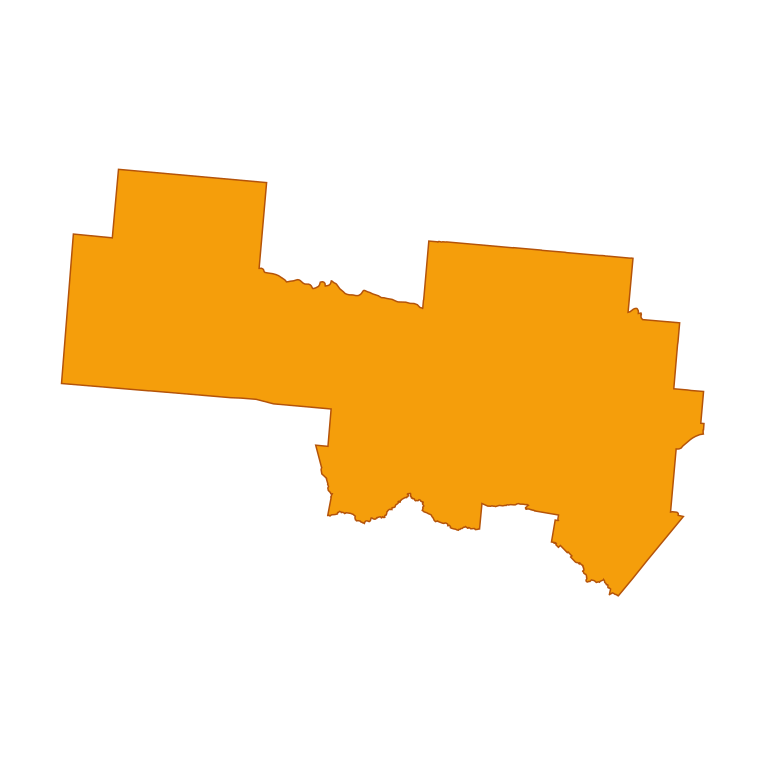 the district of Mid Murray, South Australia, Australia, rotated 275°
{"feature_id": "25037944B98973302778113", "entity_name": "Mid Murray", "entity_type": "district", "adm_level": 2, "iso_a3": "AUS", "parent_name": "Australia", "parent_adm1": "South Australia", "projection": "albers", "projection_center": [139.499, -34.416], "detail": "fine", "context": "isolated", "style": "filled", "palette": "amber", "viewbox_px": 768, "rotation_deg": 275, "n_neighbors": 0, "source": "geoboundaries", "source_scale": "gbopen_adm2", "svg_char_len": 6169}
<svg xmlns="http://www.w3.org/2000/svg" viewBox="0 0 768 768"><g transform="rotate(275 384 384)"><path d="M193.4,635.9L212.2,648.9L231.7,661.9L278.1,693.8L278.8,688.5L280.6,688.4L281.5,687.6L281.8,686.6L281.9,682.3L281.4,680.6L344.8,680.7L344.8,682.2L345.1,683.7L346.1,685.6L348.3,687.1L355.1,693.8L357.1,696.1L359.0,698.9L361.1,703.0L362.0,706.5L362.9,706.2L366.0,705.9L366.2,706.3L372.5,706.2L372.5,703.0L404.4,703.0L404.3,690.5L404.5,687.0L404.5,673.1L448.7,673.0L451.6,673.2L470.7,673.2L470.7,636.0L472.4,634.4L475.0,633.9L475.0,634.2L475.6,634.3L476.7,633.6L476.8,633.6L476.9,633.9L477.1,633.8L476.4,631.2L478.5,631.1L479.4,630.8L480.9,629.8L481.3,629.2L481.3,628.4L480.9,627.0L480.2,625.8L477.5,622.9L476.7,620.9L530.9,621.1L531.0,619.4L530.8,618.4L530.9,597.0L530.8,596.5L530.9,595.6L530.8,593.4L531.0,592.5L531.0,589.7L530.9,589.4L530.9,588.1L530.8,587.7L530.8,554.4L531.0,552.9L530.9,529.5L531.1,529.2L531.1,501.0L530.9,500.9L531.0,433.9L530.8,433.3L530.8,430.1L530.4,429.0L530.8,426.3L530.4,425.5L530.0,425.3L530.3,424.7L530.3,416.2L471.6,416.2L470.7,416.0L463.0,416.0L462.7,415.9L463.0,415.2L463.4,413.1L465.9,410.3L466.8,407.0L466.6,402.9L467.4,398.6L467.0,391.0L467.3,389.5L469.0,384.7L469.4,379.8L469.9,376.5L469.8,373.9L471.4,370.7L472.8,364.8L473.9,362.0L474.4,359.7L475.3,357.2L475.5,356.4L475.4,355.6L474.9,355.1L472.2,353.6L471.2,352.7L470.1,351.2L469.8,350.4L469.6,348.4L470.0,345.2L469.8,341.6L470.2,339.0L471.0,337.0L472.2,335.7L475.0,331.7L479.4,327.9L479.9,327.0L480.5,325.4L482.1,323.0L482.1,322.5L480.2,322.2L479.1,321.8L478.4,321.4L477.8,320.7L477.2,319.6L476.5,317.0L479.1,316.4L480.2,315.2L480.5,313.7L479.9,311.7L477.1,311.1L475.5,310.2L473.7,307.4L472.9,305.1L472.9,304.8L473.5,304.2L475.3,303.1L476.4,301.8L476.9,300.2L476.7,297.3L476.8,296.1L477.6,294.4L479.7,291.6L480.3,290.3L480.4,288.9L480.0,287.6L478.9,284.9L478.2,281.6L477.5,279.3L477.2,278.0L478.8,276.5L479.4,275.6L482.7,269.6L483.6,266.8L484.2,263.5L484.5,258.2L484.8,255.6L485.5,254.8L487.6,253.9L488.2,252.9L488.6,251.9L488.3,249.5L574.4,249.5L574.7,100.8L505.9,100.6L506.3,61.5L356.4,62.7L356.7,150.6L356.8,151.0L357.0,232.2L357.5,242.8L357.6,258.0L354.6,275.7L354.5,333.5L317.0,333.6L317.1,321.3L295.9,328.9L295.6,329.2L293.2,328.8L289.0,329.9L285.5,334.4L285.4,334.7L285.0,334.9L285.0,334.7L279.6,336.8L279.1,336.6L277.7,337.4L276.9,337.7L275.5,337.1L273.1,337.8L271.2,340.0L270.0,340.6L270.1,342.0L266.9,340.9L266.8,341.3L248.1,339.4L248.0,339.6L248.5,340.4L247.8,341.7L249.1,343.1L249.7,346.6L250.5,348.9L251.9,349.0L252.1,349.8L253.2,350.8L252.8,352.4L252.2,352.7L252.6,354.2L252.1,355.4L251.5,356.1L252.1,357.2L252.5,357.4L252.2,362.0L251.3,365.0L250.7,365.5L249.8,366.9L248.1,366.7L247.6,366.9L246.2,367.4L246.1,367.9L245.3,368.5L245.6,370.4L245.3,372.4L244.8,372.8L244.4,373.3L244.4,373.9L243.7,375.3L243.9,375.7L243.4,376.6L244.6,376.9L245.5,377.4L246.1,378.2L246.2,379.2L245.6,381.2L246.2,382.0L247.2,382.5L248.8,382.7L249.4,382.9L249.4,383.8L248.8,384.8L248.5,386.1L248.7,387.2L249.0,387.7L250.2,388.5L250.1,389.0L250.4,389.1L251.4,391.6L251.3,392.2L250.4,393.0L250.4,393.3L251.6,394.1L251.3,394.7L251.0,395.1L251.0,395.8L251.3,396.4L252.1,396.1L253.2,396.5L253.7,397.6L255.0,397.9L257.1,398.1L257.5,398.6L258.3,398.9L259.6,400.3L259.5,401.6L259.8,401.8L259.6,402.8L261.5,402.9L261.8,404.5L262.5,405.7L263.7,405.9L264.9,406.5L265.5,407.5L266.4,408.3L267.1,408.8L267.8,408.3L268.4,408.8L268.3,409.2L267.7,409.7L267.7,410.3L268.2,410.5L269.3,410.4L269.8,411.0L269.8,411.3L270.6,411.8L272.7,414.9L272.8,416.4L273.8,416.8L273.8,417.4L275.0,418.1L275.4,418.1L276.3,416.9L276.5,417.0L276.8,417.3L277.3,419.7L276.7,420.2L276.4,420.1L275.5,420.2L274.6,420.1L274.5,420.6L274.3,420.9L273.1,421.1L272.8,421.4L272.9,422.3L272.4,422.4L272.2,422.7L272.3,423.6L272.1,424.3L271.4,424.5L270.7,425.1L270.4,425.8L270.8,426.6L270.7,428.0L271.0,428.4L271.8,429.0L271.4,430.3L271.1,430.7L270.6,430.8L270.0,431.7L270.0,433.0L269.1,433.4L268.7,432.9L267.9,432.8L266.2,434.2L265.4,434.1L265.0,433.5L263.9,433.4L263.3,433.7L261.4,433.1L260.6,434.6L260.2,434.9L259.4,438.0L258.6,439.7L258.3,440.9L257.7,442.4L255.8,443.6L255.4,444.2L253.4,445.5L252.6,445.8L251.4,447.3L252.2,449.3L251.9,449.4L250.5,454.2L250.3,455.8L250.8,456.8L250.9,457.7L250.2,459.4L249.0,460.0L248.4,459.9L248.4,460.3L248.9,461.4L247.8,462.6L246.7,462.6L246.2,463.8L245.7,466.4L245.6,468.0L245.1,469.1L244.8,470.8L245.7,471.3L245.7,472.3L246.7,473.2L246.8,474.3L247.8,475.3L248.4,476.1L248.4,477.0L249.1,477.6L247.6,480.0L247.8,480.5L248.3,480.6L248.3,481.5L247.3,483.1L247.9,486.4L247.8,487.0L247.1,487.4L246.9,487.8L247.5,490.5L247.9,490.8L247.9,491.8L273.5,492.0L271.4,498.0L271.5,499.1L271.5,501.0L272.1,502.2L271.8,503.2L271.9,504.8L271.6,505.8L273.1,509.4L273.0,513.0L273.7,515.3L273.6,516.2L274.2,516.8L274.5,517.9L274.3,518.6L274.9,520.6L274.9,523.4L275.1,525.5L276.1,526.8L276.6,528.6L276.2,530.1L276.4,533.0L276.2,535.4L276.4,537.2L275.8,538.3L275.7,538.4L275.1,537.3L274.3,537.1L273.2,535.8L272.5,535.9L272.4,536.4L271.7,536.4L271.7,537.1L272.1,538.0L272.0,540.1L271.6,541.0L271.7,542.1L271.3,542.4L271.3,544.0L271.1,544.3L271.0,545.2L270.7,545.2L268.7,569.3L264.7,569.0L264.2,569.1L262.8,570.0L263.1,569.7L263.4,566.4L241.2,564.6L240.9,568.3L240.3,567.7L239.9,569.6L238.8,569.3L236.5,572.0L238.5,573.8L232.0,581.3L232.7,582.0L229.1,586.1L227.9,585.0L223.4,590.1L222.9,591.2L223.0,591.8L222.8,593.0L221.8,594.1L222.8,594.4L222.6,595.0L221.7,595.7L221.3,596.6L221.1,596.6L220.7,597.3L220.6,597.8L220.0,598.2L219.3,598.0L218.7,598.7L218.0,598.7L217.1,599.3L215.7,599.2L215.5,598.6L214.7,598.3L214.3,598.9L213.7,599.3L212.9,599.6L212.1,600.9L212.1,601.5L210.9,602.3L210.0,602.6L209.4,602.5L208.3,603.0L207.5,603.0L206.9,602.6L206.1,602.4L205.4,602.5L204.7,603.1L204.5,604.2L205.2,605.2L205.2,606.3L206.9,607.7L206.4,610.7L204.8,612.8L205.6,614.8L205.3,615.9L206.3,616.6L207.9,619.5L207.8,620.0L208.1,620.0L207.3,620.7L205.6,621.2L204.4,622.7L203.6,622.9L203.3,623.5L203.5,624.3L202.6,624.7L201.1,624.7L200.4,625.3L200.5,626.1L199.5,627.6L193.3,626.8L194.2,627.3L194.8,628.4L195.8,629.7L195.4,631.1L194.6,632.5L194.4,634.2L193.7,634.8L193.4,635.9Z" fill="#f59e0b" stroke="#b45309" stroke-width="1.5"/></g></svg>